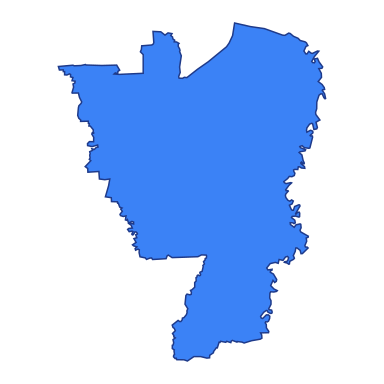 Kota Jakarta Selatan, Jakarta Raya, Indonesia
{"feature_id": "22746128B93686700937380", "entity_name": "Kota Jakarta Selatan", "entity_type": "district", "adm_level": 2, "iso_a3": "IDN", "parent_name": "Indonesia", "parent_adm1": "Jakarta Raya", "projection": "albers", "projection_center": [106.81, -6.284], "detail": "fine", "context": "isolated", "style": "filled", "palette": "blue", "viewbox_px": 384, "rotation_deg": 0, "n_neighbors": 0, "source": "geoboundaries", "source_scale": "gbopen_adm2", "svg_char_len": 5944}
<svg xmlns="http://www.w3.org/2000/svg" viewBox="0 0 384 384"><path d="M272.2,312.1L271.6,310.1L269.1,309.7L268.7,308.9L271.0,304.3L271.0,300.7L269.7,298.1L269.9,293.2L270.7,291.8L273.9,292.0L276.6,291.4L277.3,290.6L274.0,289.0L270.7,285.6L273.0,280.4L274.7,282.5L276.3,281.3L276.7,279.5L273.4,274.0L270.3,272.3L270.5,270.8L271.9,270.3L272.1,269.3L267.9,269.9L266.7,268.0L270.2,263.6L275.3,262.4L278.2,263.3L279.1,259.5L283.0,260.4L285.5,257.0L287.5,256.4L288.6,257.7L287.7,260.6L286.7,261.4L284.7,261.7L284.3,262.3L287.2,263.1L288.7,264.2L289.4,264.0L289.8,261.3L293.6,259.3L294.4,258.2L293.3,255.6L295.2,251.5L295.8,248.0L296.9,247.9L300.1,250.3L301.0,253.7L302.4,253.6L308.1,248.0L307.2,247.1L305.4,247.0L304.9,245.5L306.7,241.2L306.2,238.0L308.1,237.3L308.3,236.2L300.7,231.9L300.0,230.2L301.1,227.8L300.8,224.3L300.1,223.9L296.0,224.8L294.2,227.3L290.4,224.5L290.2,222.7L292.8,222.8L294.0,223.7L295.3,222.9L294.8,220.2L291.5,217.6L292.2,216.4L295.5,216.1L299.0,217.1L299.6,216.6L299.7,213.1L299.1,212.1L297.4,212.5L295.9,214.2L295.6,213.7L300.0,206.0L299.6,204.9L298.8,204.8L294.6,206.5L293.4,210.2L292.3,210.3L291.3,209.4L289.4,205.2L292.1,203.9L293.3,201.0L291.6,199.9L289.8,201.2L287.8,200.2L285.8,197.4L285.4,195.3L285.9,193.8L288.3,191.1L287.9,190.6L286.1,190.7L285.7,189.8L288.8,185.5L291.6,182.9L290.9,182.6L286.0,183.6L284.3,182.6L283.8,181.6L287.6,178.6L289.3,176.4L291.9,176.7L294.3,175.5L294.9,173.2L293.8,171.5L293.6,169.9L294.7,169.4L297.8,169.5L298.3,166.8L299.5,166.8L301.4,168.0L304.8,168.3L304.5,166.6L300.9,163.6L300.9,162.5L301.6,162.0L303.3,163.8L304.1,163.8L304.3,163.1L303.1,160.4L301.9,154.9L299.1,152.5L300.1,151.7L305.0,150.9L305.6,149.8L300.4,147.7L299.8,146.5L302.1,145.7L304.4,147.7L309.0,148.3L309.9,147.9L312.6,137.2L312.4,136.0L310.4,135.9L310.1,135.4L312.8,133.0L313.0,132.0L312.0,130.7L310.4,130.3L306.9,132.2L306.5,130.4L306.9,127.9L309.6,124.1L311.9,123.3L312.6,123.8L313.9,129.5L316.7,128.9L317.4,127.5L316.0,122.2L319.9,120.0L315.8,114.4L315.6,112.2L316.7,108.8L316.8,102.0L319.0,95.2L320.7,93.9L322.2,93.9L323.9,97.7L325.0,98.8L325.6,98.5L324.6,93.8L322.3,90.4L322.5,89.8L324.6,89.4L324.2,87.5L322.1,84.5L318.2,81.5L321.5,77.4L321.3,73.3L318.8,68.6L321.9,68.3L322.7,66.9L319.0,61.8L317.5,58.3L314.7,58.9L314.4,59.6L315.2,61.5L314.3,62.8L312.7,62.6L311.7,61.5L314.4,56.6L318.8,51.2L317.5,51.0L312.5,53.4L311.2,53.2L308.8,51.3L307.0,53.9L305.8,53.9L303.9,51.0L306.0,46.4L307.9,45.6L306.4,42.8L305.0,41.8L300.2,40.5L298.1,38.3L293.5,36.3L290.2,33.5L288.7,33.1L285.0,35.3L282.8,35.2L264.4,28.6L250.5,26.6L234.6,23.0L232.6,35.6L229.1,43.1L226.5,46.8L208.2,61.8L197.6,69.2L186.9,77.6L184.3,77.3L182.6,78.3L179.1,78.2L178.9,77.7L178.7,76.4L180.2,72.5L179.6,67.0L181.3,55.8L179.6,51.5L180.0,50.5L179.6,48.9L178.2,46.3L178.3,44.1L179.0,43.4L176.6,42.0L174.2,41.8L174.7,40.2L172.9,38.9L172.5,36.9L170.8,35.6L172.0,33.6L168.0,32.9L165.0,35.1L160.8,31.8L153.0,31.4L153.8,42.7L153.0,44.3L151.7,45.0L141.7,45.8L141.4,49.4L140.4,51.8L143.2,54.6L143.2,73.3L119.1,74.4L114.1,74.0L115.3,72.9L117.7,73.6L117.9,71.4L119.7,70.2L116.7,65.1L101.8,65.5L86.0,65.0L85.5,64.5L81.0,65.5L74.2,65.8L73.0,65.2L58.4,66.5L59.4,70.0L63.2,69.9L63.3,71.6L64.6,71.6L64.6,74.8L66.9,75.0L69.5,73.9L70.6,74.5L70.5,76.9L72.9,77.5L72.0,80.7L75.1,81.2L74.8,83.1L73.0,84.0L73.6,87.1L72.0,92.7L72.2,93.1L78.4,93.0L79.5,97.5L81.7,101.9L81.1,103.4L78.9,105.7L78.4,107.7L77.7,115.4L78.8,118.3L80.7,120.0L80.6,121.4L88.3,121.2L88.4,123.4L89.3,123.7L88.9,126.0L90.3,126.1L93.3,129.8L93.2,132.1L92.7,132.5L94.3,133.2L92.1,133.3L91.8,134.1L93.7,137.3L93.6,141.7L89.4,141.6L87.5,143.6L87.6,145.6L92.1,146.6L97.6,145.0L98.0,147.1L96.2,147.5L94.4,149.4L91.9,148.8L92.6,150.3L89.7,151.7L90.2,153.8L89.7,155.0L90.1,158.0L89.3,159.3L90.8,160.7L85.2,166.6L87.7,168.5L87.9,172.2L98.9,171.5L99.4,179.0L104.8,179.7L109.8,179.0L108.6,185.7L105.4,196.8L111.3,197.7L111.5,201.6L117.4,201.8L117.6,203.2L118.3,203.2L119.7,207.1L122.0,208.0L120.7,209.1L122.3,211.3L120.0,214.3L120.5,215.6L123.3,216.5L126.0,215.9L125.4,219.9L126.4,220.3L127.4,219.5L128.5,223.0L131.9,221.4L133.6,222.0L133.6,224.0L130.6,223.2L129.0,223.7L131.1,225.2L132.3,228.1L128.8,228.4L127.6,229.4L129.2,231.7L131.9,231.1L133.0,231.5L131.8,234.1L132.4,234.9L133.3,234.7L135.0,231.8L136.3,232.1L137.4,233.4L137.4,234.0L135.7,234.8L136.8,237.7L133.9,238.6L136.1,242.4L132.5,244.8L133.5,245.8L136.9,246.9L135.1,248.6L135.6,250.2L138.0,249.1L139.3,249.8L139.1,252.6L140.0,256.8L145.3,257.9L146.5,259.4L149.9,258.1L151.6,258.0L152.6,259.5L166.1,258.7L167.1,255.9L168.3,255.1L172.1,257.6L197.9,256.7L201.5,254.9L206.2,255.1L206.6,255.9L206.4,258.0L205.2,258.5L205.1,259.9L203.5,261.7L204.4,263.9L202.9,265.5L203.2,266.6L202.1,271.4L200.1,272.1L199.8,272.9L200.6,274.2L200.4,275.3L199.7,275.7L198.1,275.0L197.2,275.5L197.0,276.9L196.0,277.7L196.2,280.9L194.7,282.5L194.7,287.2L191.9,289.8L190.5,290.4L191.4,292.2L191.2,294.3L189.9,294.8L187.0,294.1L185.9,295.5L185.0,304.2L187.8,308.7L186.9,310.9L187.1,312.4L186.4,314.6L184.0,317.6L182.4,318.1L182.2,319.8L180.9,321.5L179.8,321.6L178.1,320.4L172.2,325.1L173.0,327.5L174.2,328.3L175.3,330.7L172.5,333.5L173.9,335.7L173.8,336.9L175.3,337.9L173.0,339.6L173.7,342.8L173.1,345.0L172.3,345.3L172.3,348.6L174.3,349.9L174.0,350.8L174.5,354.5L173.7,355.2L173.5,356.8L175.2,358.6L176.1,358.2L176.8,359.7L184.0,359.8L187.4,361.0L193.9,356.6L200.7,356.6L206.9,358.1L209.6,357.8L209.7,355.3L213.4,352.8L213.6,351.5L216.4,347.7L217.3,347.9L219.1,342.2L220.0,342.4L220.6,341.3L225.8,342.3L226.7,341.3L230.8,342.6L231.3,341.0L232.4,340.4L236.9,342.1L237.1,341.5L242.0,342.1L244.1,343.0L251.6,340.7L260.2,339.2L261.9,338.2L261.7,335.0L260.6,332.9L268.5,332.7L268.8,331.4L266.4,327.9L266.3,324.5L265.2,322.8L265.7,321.8L267.3,321.9L268.5,321.1L269.6,318.6L269.8,316.2L268.4,314.9L266.3,314.9L262.7,318.5L261.2,318.0L260.6,316.4L263.7,312.3L266.2,310.5L267.1,310.6L267.9,312.1L270.3,313.4L271.7,313.3L272.2,312.1Z" fill="#3b82f6" stroke="#1e3a8a" stroke-width="1.5"/></svg>